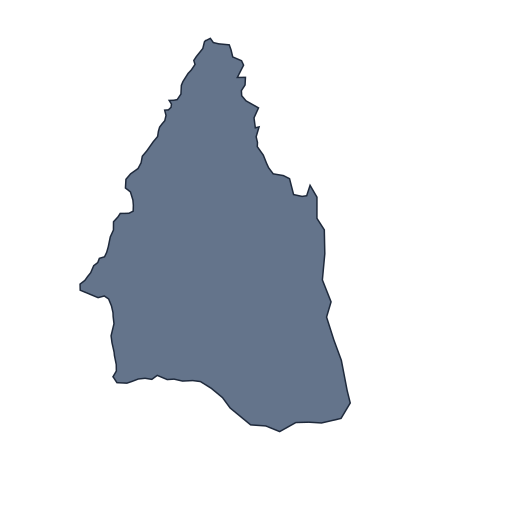 outline of Chloraka, Paphos, Cyprus, rotated 27°
{"feature_id": "46923920B26548311367077", "entity_name": "Chloraka", "entity_type": "district", "adm_level": 2, "iso_a3": "CYP", "parent_name": "Cyprus", "parent_adm1": "Paphos", "projection": "equal_earth", "projection_center": [32.401, 34.799], "detail": "fine", "context": "isolated", "style": "filled", "palette": "slate", "viewbox_px": 512, "rotation_deg": 27, "n_neighbors": 0, "source": "geoboundaries", "source_scale": "gbopen_adm2", "svg_char_len": 1813}
<svg xmlns="http://www.w3.org/2000/svg" viewBox="0 0 512 512"><g transform="rotate(27 256 256)"><path d="M113.5,86.3L112.8,88.4L114.4,95.3L113.3,100.6L112.3,105.3L111.8,110.0L114.7,113.0L113.9,119.7L112.6,124.1L111.7,133.6L112.0,137.8L115.6,145.8L114.8,152.4L112.0,154.6L108.0,156.8L111.7,159.0L112.8,162.1L111.6,165.6L108.4,167.5L112.0,171.6L113.3,176.9L112.4,180.5L111.6,184.9L112.4,189.1L114.1,194.2L112.6,200.7L111.0,211.8L109.4,218.7L111.3,225.1L111.2,231.6L107.0,239.6L105.3,246.7L108.8,254.7L115.0,255.9L120.9,262.0L123.7,266.5L126.2,271.8L123.4,275.6L119.4,277.8L115.7,279.7L115.3,283.7L113.5,290.2L117.2,297.6L117.5,305.1L120.2,314.9L121.3,320.6L121.4,325.5L117.5,329.2L118.0,333.7L115.8,338.3L116.3,346.0L115.3,350.7L114.6,355.4L112.0,360.9L114.9,366.3L134.2,364.8L139.0,360.5L144.2,361.2L149.9,366.1L154.3,371.4L156.2,374.8L160.2,380.8L163.1,392.9L167.1,398.7L173.3,406.2L175.0,408.9L180.8,416.2L183.8,421.9L183.4,428.5L183.5,428.5L189.6,432.0L198.7,427.9L202.4,424.1L207.0,419.0L212.7,415.3L219.2,413.2L222.2,407.2L233.0,406.4L238.9,402.9L247.3,400.8L256.2,395.7L263.5,393.1L276.2,394.2L290.5,397.4L302.0,403.2L327.9,408.9L341.8,403.0L356.8,401.7L367.1,386.3L378.5,380.1L390.2,375.0L402.8,364.4L405.5,362.1L406.7,344.2L398.3,334.5L379.4,310.2L363.4,295.4L346.6,278.4L343.7,262.8L326.0,247.2L316.3,222.8L305.0,201.7L293.2,194.8L283.6,175.9L272.1,168.5L273.8,179.3L270.0,182.0L261.6,184.2L250.8,171.9L243.9,171.9L234.0,175.0L227.1,171.6L223.3,168.6L216.7,162.8L207.5,158.0L205.8,154.2L202.0,149.7L200.1,139.6L197.2,142.1L191.5,133.8L191.0,122.9L176.7,122.3L170.5,119.7L167.9,115.3L168.6,108.6L165.5,101.6L158.3,105.4L158.3,101.0L158.3,91.6L154.5,88.6L144.9,89.2L140.2,83.7L136.3,80.0L126.4,83.9L121.1,85.2L116.5,82.8L113.5,86.9L113.5,86.3Z" fill="#64748b" stroke="#1e293b" stroke-width="1.5"/></g></svg>